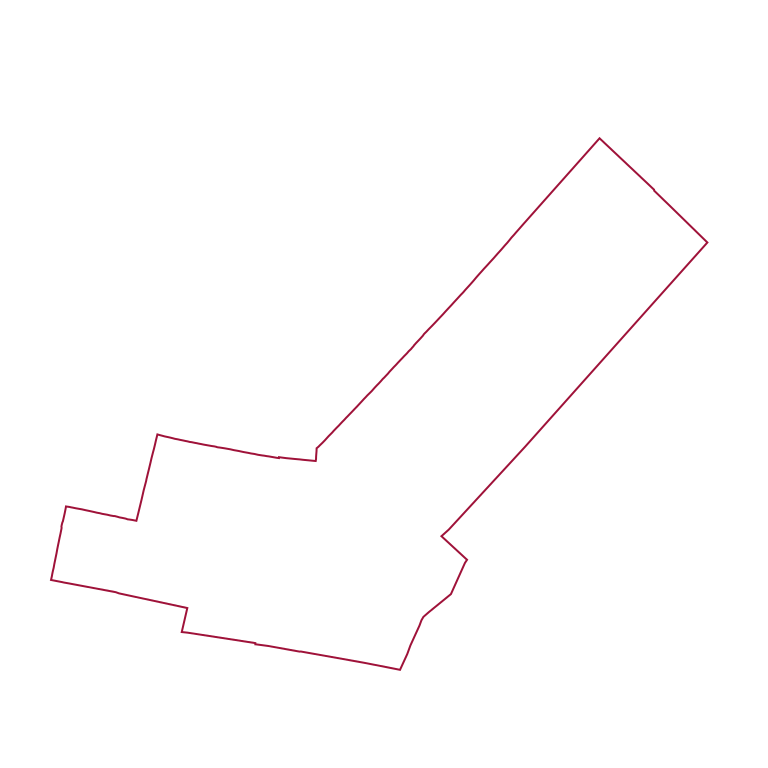 Visina Noua, Olt, Romania, rotated 100°
{"feature_id": "2599482B97404660880396", "entity_name": "Visina Noua", "entity_type": "district", "adm_level": 2, "iso_a3": "ROU", "parent_name": "Romania", "parent_adm1": "Olt", "projection": "albers", "projection_center": [24.398, 43.872], "detail": "fine", "context": "isolated", "style": "outline", "palette": "rose", "viewbox_px": 768, "rotation_deg": 100, "n_neighbors": 0, "source": "geoboundaries", "source_scale": "gbopen_adm2", "svg_char_len": 3633}
<svg xmlns="http://www.w3.org/2000/svg" viewBox="0 0 768 768"><g transform="rotate(100 384 384)"><path d="M634.8,677.9L634.9,672.8L635.0,666.6L635.1,664.8L635.1,661.3L635.1,660.1L635.3,641.2L635.6,612.0L636.2,608.6L636.8,592.7L638.8,538.8L663.4,540.1L663.0,534.4L661.5,465.7L662.7,465.5L662.6,464.6L662.1,452.7L662.2,422.5L662.2,420.8L661.9,419.3L662.0,355.3L662.6,323.0L662.7,318.6L645.9,314.2L636.9,312.6L615.7,307.1L610.2,306.1L606.4,304.7L600.6,300.0L579.3,281.6L546.1,273.2L542.7,271.7L523.9,301.0L516.1,294.9L421.2,234.1L257.9,133.1L188.5,90.1L156.5,137.0L154.5,140.0L148.4,149.0L146.7,151.5L145.7,151.8L145.1,152.8L142.5,156.7L104.6,214.4L136.3,233.9L201.8,274.2L205.1,276.2L212.0,280.4L214.4,281.8L217.7,283.9L220.3,285.3L223.5,287.1L226.5,289.0L227.0,289.3L230.9,291.6L236.0,294.8L241.3,298.0L245.5,300.7L248.4,302.5L250.9,304.1L253.2,305.6L255.5,307.0L258.7,309.0L261.8,310.9L263.3,311.8L266.3,313.5L268.3,314.7L272.2,317.1L274.4,318.5L277.4,320.4L279.5,321.6L281.2,322.7L282.6,323.7L284.8,325.1L287.5,326.8L289.2,327.9L291.7,329.5L294.6,331.3L298.1,333.6L302.0,336.1L304.9,337.9L309.6,341.0L314.2,344.0L317.5,346.2L320.7,348.4L322.6,349.7L324.3,350.8L325.5,351.6L327.0,352.7L328.1,353.4L329.7,354.1L331.3,355.1L332.6,355.9L334.9,357.4L336.7,358.6L338.5,359.8L339.2,360.2L340.2,360.8L340.4,361.0L341.1,361.3L341.8,361.6L342.7,362.2L343.7,362.8L344.8,363.4L346.3,364.5L347.5,365.4L348.4,365.9L349.9,366.8L351.5,367.9L353.2,369.1L355.4,370.5L357.3,371.8L359.0,372.9L360.5,373.9L361.6,374.6L361.8,374.7L363.5,375.8L365.8,377.4L367.4,378.4L369.4,379.7L371.1,380.8L373.1,381.9L375.2,383.3L377.8,385.0L379.1,386.0L381.8,387.6L384.6,389.4L386.3,390.6L389.2,392.5L391.5,393.9L393.0,394.8L395.0,396.2L396.8,397.5L398.2,398.5L400.1,399.7L402.3,401.2L405.0,402.9L407.0,404.2L410.6,406.5L413.4,408.4L417.2,410.9L420.0,412.8L422.7,414.6L423.5,415.2L426.2,416.9L428.5,418.5L431.1,420.2L432.7,421.2L435.4,423.1L437.2,424.3L439.0,425.5L440.7,426.5L445.0,429.5L449.8,432.5L452.6,434.4L455.6,436.6L457.1,437.6L459.0,439.2L461.8,438.8L465.9,438.4L467.7,438.2L469.7,437.9L471.7,437.9L472.2,444.2L472.7,450.4L472.9,454.0L473.3,458.5L474.0,467.5L474.2,471.8L474.3,474.7L475.2,474.6L475.3,476.5L475.3,480.2L475.3,482.1L475.3,485.0L475.4,486.9L475.4,487.2L475.4,489.7L475.5,491.4L475.6,495.8L475.4,499.5L475.5,502.9L475.4,505.6L475.4,510.4L475.2,515.4L475.2,520.4L475.0,523.8L475.0,530.1L475.1,534.8L475.2,536.3L475.2,537.4L475.0,538.3L474.9,540.3L475.0,542.7L475.0,544.4L475.0,545.0L475.0,546.3L475.0,548.5L475.0,551.1L474.9,554.0L474.9,556.0L474.8,558.1L474.8,560.2L474.7,563.3L474.8,565.2L474.6,567.8L474.6,569.5L474.5,571.6L474.4,575.5L474.3,577.4L474.3,580.4L474.1,582.5L473.9,585.3L473.8,587.6L473.7,590.9L473.5,593.0L473.3,595.5L473.0,598.4L478.9,598.8L483.1,599.0L487.9,599.3L491.2,599.6L495.0,599.9L497.7,600.1L501.9,600.3L508.5,600.7L512.8,601.0L519.1,601.4L520.8,601.4L530.3,602.2L536.6,602.5L540.5,602.7L554.5,603.6L561.7,604.1L561.6,608.5L561.7,611.7L561.8,613.0L561.5,614.5L561.4,615.5L561.3,618.6L561.3,621.2L561.0,623.8L560.9,625.3L560.8,626.2L561.0,627.2L561.0,629.4L561.0,630.7L560.8,633.7L560.8,636.7L560.8,639.1L560.6,641.4L560.6,644.3L560.4,647.5L560.3,649.8L560.2,652.1L560.1,655.7L559.9,659.7L559.9,666.1L559.8,669.0L559.8,670.7L559.7,672.5L559.8,675.0L559.8,675.9L561.9,675.9L566.8,676.0L571.2,676.2L575.1,676.4L576.1,676.7L578.8,676.9L580.5,676.9L581.3,676.6L582.2,676.5L587.3,676.6L592.0,676.8L596.2,676.9L599.1,677.0L603.5,677.1L607.5,677.1L611.0,677.2L614.9,677.3L618.3,677.4L620.1,677.4L622.4,677.4L625.3,677.6L628.5,677.7L631.0,677.7L633.0,677.8L634.8,677.9Z" fill="none" stroke="#9f1239" stroke-width="2"/></g></svg>